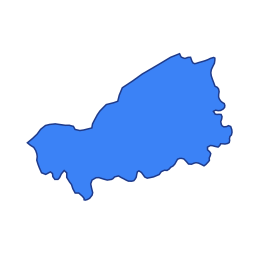 outline of Byerastavitsa, Grodno, Belarus, rotated 76°
{"feature_id": "67162791B90230438084188", "entity_name": "Byerastavitsa", "entity_type": "district", "adm_level": 2, "iso_a3": "BLR", "parent_name": "Belarus", "parent_adm1": "Grodno", "projection": "mercator", "projection_center": [23.993, 53.236], "detail": "fine", "context": "isolated", "style": "filled", "palette": "blue", "viewbox_px": 256, "rotation_deg": 76, "n_neighbors": 0, "source": "geoboundaries", "source_scale": "gbopen_adm2", "svg_char_len": 2397}
<svg xmlns="http://www.w3.org/2000/svg" viewBox="0 0 256 256"><g transform="rotate(76 128 128)"><path d="M68.4,60.0L69.7,69.6L73.5,82.0L79.1,101.2L83.4,111.9L87.6,123.8L94.0,128.5L99.6,131.5L100.0,135.8L100.0,143.4L102.1,146.9L104.7,151.1L107.7,154.5L112.4,158.8L115.4,161.4L119.2,163.1L119.2,171.6L118.8,175.4L116.6,179.7L113.2,180.6L111.1,184.4L110.2,188.2L108.1,193.4L106.4,197.6L105.6,203.2L105.6,207.5L108.1,213.0L112.0,217.7L114.9,222.8L118.0,229.2L121.0,227.0L124.0,224.1L127.5,223.0L130.9,222.7L133.8,223.0L137.2,224.3L141.4,224.1L145.5,223.6L150.5,222.7L153.1,219.1L152.6,217.0L151.8,213.9L153.9,212.3L157.0,212.7L160.2,211.4L160.9,208.4L159.6,206.4L156.4,203.8L153.8,200.2L156.7,198.3L161.1,199.4L166.1,197.8L169.2,196.5L173.6,196.2L178.3,195.0L179.2,191.5L183.3,188.7L185.7,187.6L187.0,188.0L187.6,187.0L187.6,184.9L186.9,182.2L184.5,179.1L182.2,177.9L177.3,177.9L173.2,177.7L169.8,175.5L168.5,171.1L169.1,168.2L171.8,163.8L173.5,160.7L173.9,156.4L173.5,154.9L172.2,152.8L172.2,148.8L174.5,146.5L176.0,144.7L178.2,142.3L179.6,140.5L180.5,137.3L180.5,135.1L179.2,133.3L177.7,131.9L175.0,130.7L172.8,129.5L172.2,127.8L174.4,125.7L177.3,124.5L179.6,123.6L181.3,121.5L181.5,118.0L181.6,115.0L180.7,109.0L178.4,106.3L177.8,102.9L178.6,100.4L177.8,98.0L176.4,96.0L175.8,93.6L174.4,91.4L172.6,89.7L170.3,87.5L170.0,85.2L170.4,83.5L171.4,81.4L173.2,80.3L175.0,79.3L177.6,78.0L178.5,75.1L178.1,72.5L178.1,70.4L179.1,68.1L180.7,66.1L183.1,63.4L182.3,61.4L180.5,58.6L179.2,56.9L176.7,56.4L174.8,54.9L172.8,53.9L170.7,54.6L168.4,56.1L165.8,55.5L164.9,52.3L165.6,50.3L166.8,48.2L168.3,45.2L167.2,43.2L165.7,42.0L166.3,39.7L167.0,37.8L167.1,35.1L166.6,33.3L164.5,32.3L163.0,32.2L162.3,31.8L160.9,31.2L159.7,29.3L157.3,28.1L154.7,27.7L151.4,28.0L150.0,30.0L150.5,31.9L150.1,34.7L148.9,36.0L147.3,36.6L144.3,36.5L141.9,34.9L139.7,34.0L137.4,34.4L136.7,36.4L136.4,38.3L135.7,40.0L132.5,41.1L131.9,38.7L133.0,36.3L133.4,33.8L132.6,31.0L131.4,29.3L129.6,28.6L127.6,28.7L126.0,30.3L124.4,31.5L121.9,32.4L119.9,32.6L117.3,31.9L114.8,30.8L112.1,30.7L110.2,31.5L108.5,33.5L104.6,33.9L101.3,34.3L97.7,34.6L94.5,34.3L91.5,33.0L88.5,30.6L86.1,28.5L83.4,27.4L81.2,26.8L80.3,27.8L80.4,31.1L81.0,33.8L81.4,37.2L81.5,39.6L81.6,43.2L81.8,46.4L81.7,47.8L80.7,49.1L78.7,49.8L74.5,50.2L74.0,52.7L74.3,55.6L74.0,56.6L72.2,59.1L71.1,59.5L70.0,59.7L68.4,60.0Z" fill="#3b82f6" stroke="#1e3a8a" stroke-width="1.5"/></g></svg>